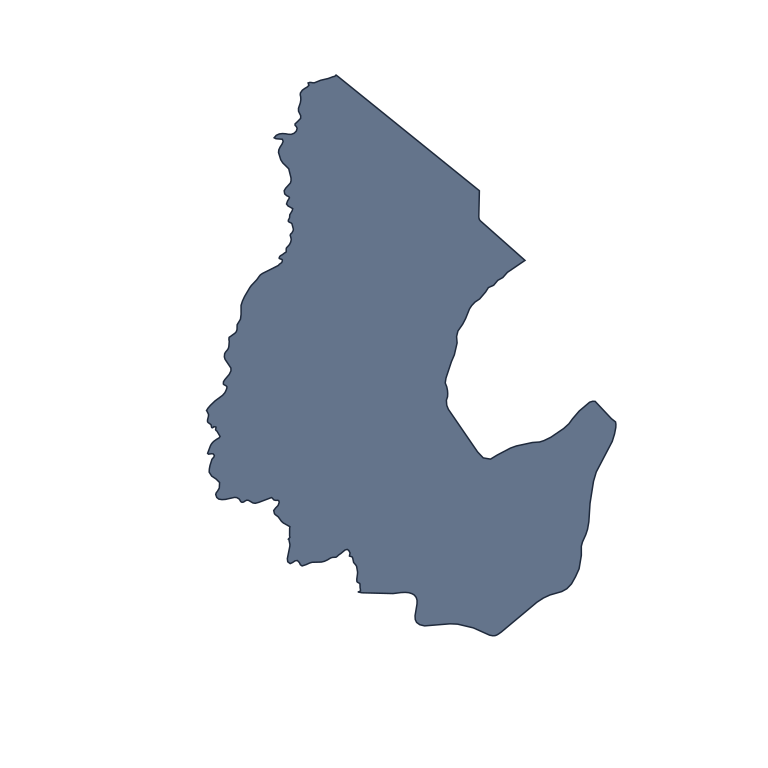 outline of Western Equatoria, rotated 48°
{"feature_id": "SDS-864", "entity_name": "Western Equatoria", "entity_type": "State", "adm_level": 1, "iso_a3": "SSD", "parent_name": "South Sudan", "parent_adm1": "", "projection": "equal_earth", "projection_center": [28.334, 5.546], "detail": "fine", "context": "isolated", "style": "filled", "palette": "slate", "viewbox_px": 768, "rotation_deg": 48, "n_neighbors": 0, "source": "natural_earth", "source_scale": "10m", "svg_char_len": 4658}
<svg xmlns="http://www.w3.org/2000/svg" viewBox="0 0 768 768"><g transform="rotate(48 384 384)"><path d="M132.3,277.0L131.2,276.1L131.1,272.3L130.8,268.2L128.9,266.4L124.1,265.0L121.9,263.1L119.1,258.1L117.1,255.6L114.9,253.8L113.1,252.8L111.8,251.4L111.0,248.1L111.3,245.3L111.9,242.3L111.8,240.0L109.5,239.0L110.3,237.2L111.5,236.1L112.6,235.3L113.6,234.1L115.9,227.8L119.6,221.1L121.5,216.3L122.4,214.8L122.3,212.9L125.5,212.3L304.2,183.8L323.1,201.6L324.2,202.4L325.7,203.1L327.2,203.2L386.5,196.5L383.6,217.6L384.4,224.5L383.1,230.1L384.0,236.4L382.2,241.9L383.6,246.9L384.8,256.0L384.0,261.6L384.4,266.4L385.4,270.2L390.0,279.6L392.2,285.5L394.1,293.6L397.3,298.3L402.4,302.2L409.4,312.2L412.5,318.9L421.1,334.0L424.2,337.8L428.2,339.3L431.4,341.2L433.8,343.1L436.0,345.3L437.8,348.5L441.8,351.6L445.9,353.1L497.1,359.9L505.3,359.7L511.1,355.1L512.5,347.6L516.2,333.0L518.6,327.1L526.8,312.8L531.2,307.2L533.1,303.0L535.2,295.7L537.3,280.3L537.3,273.2L536.0,267.1L534.7,257.0L535.1,243.4L536.5,240.4L538.2,238.7L561.9,238.2L567.1,237.3L569.1,238.6L571.4,240.8L575.4,246.1L579.4,252.8L591.4,285.1L596.5,293.4L610.6,310.8L623.5,324.0L628.2,330.0L631.0,334.9L634.2,342.2L636.6,345.9L643.4,352.0L651.9,362.7L655.4,370.7L658.0,378.4L658.5,385.1L657.2,390.8L651.8,401.9L649.7,408.7L648.5,416.4L646.8,463.0L646.4,466.2L646.0,468.2L645.3,469.9L643.9,471.6L641.3,473.6L625.0,480.8L611.7,490.0L606.4,495.4L590.9,515.7L586.8,518.5L583.0,519.3L580.0,518.4L577.0,516.0L569.5,506.6L566.9,504.2L564.2,502.9L561.2,502.7L558.8,503.4L555.8,505.1L553.1,507.6L550.3,511.0L545.8,517.5L524.4,540.1L521.0,542.6L521.6,541.6L522.0,539.9L520.6,538.8L519.4,538.1L516.8,535.9L516.0,535.5L513.4,536.4L512.5,536.2L510.8,534.8L507.4,530.8L506.1,529.5L501.2,526.4L499.8,526.1L496.3,526.0L492.7,523.9L491.4,523.4L490.7,523.6L488.8,524.8L488.3,524.3L487.1,522.6L486.6,522.2L484.1,521.6L482.3,522.0L481.3,524.0L481.1,529.5L480.7,532.3L480.8,533.9L480.6,535.6L478.4,538.3L477.6,540.0L476.9,543.7L475.9,546.9L474.4,549.7L468.4,556.7L467.3,559.0L466.1,562.8L464.4,566.6L462.4,567.1L460.1,566.4L457.2,566.5L455.9,568.4L455.5,571.4L454.7,573.9L451.7,574.5L449.1,572.7L441.6,562.6L440.3,561.3L435.7,558.6L435.3,558.8L435.0,556.5L433.7,555.8L428.1,550.7L427.1,549.4L420.0,551.8L417.5,552.1L411.9,551.5L408.4,552.2L407.1,552.2L404.2,550.6L403.6,547.5L403.4,544.0L401.7,540.9L400.1,540.3L399.1,541.0L398.1,542.3L396.5,543.4L394.1,543.4L393.1,543.6L388.2,556.2L386.5,559.5L384.7,561.0L379.9,562.5L378.5,563.7L378.0,565.5L377.8,567.3L376.9,568.7L375.9,569.1L374.7,569.0L373.6,568.7L372.5,568.6L369.9,569.4L368.2,571.0L363.7,579.0L361.5,581.8L359.0,583.8L356.4,584.2L353.5,583.0L352.6,581.5L352.2,579.3L351.1,576.0L347.2,572.1L342.2,572.4L337.1,573.7L332.5,572.9L330.3,570.7L328.1,567.8L324.8,562.2L324.4,559.2L323.6,557.9L321.7,557.7L320.6,558.6L318.7,561.4L317.5,561.5L313.9,554.6L313.3,553.1L313.0,551.9L312.8,550.6L312.7,548.9L313.1,545.3L313.7,542.6L313.3,540.9L307.3,539.7L306.0,539.9L305.2,539.7L304.0,538.0L303.4,537.7L302.4,538.5L301.9,539.0L302.1,539.2L302.0,539.6L301.9,540.3L301.6,541.0L300.9,541.1L298.9,540.0L298.3,539.8L294.9,540.5L294.0,540.4L292.7,539.3L290.6,536.2L289.4,534.9L288.4,534.5L285.6,533.7L285.0,533.7L284.2,531.1L283.7,527.3L283.5,520.8L284.4,511.6L284.0,508.2L283.5,506.8L282.7,505.0L281.8,503.4L280.7,502.5L279.6,502.6L277.3,503.4L276.5,503.4L274.9,501.8L274.2,499.2L273.3,492.6L271.8,488.9L269.7,487.1L259.3,485.6L257.0,484.5L254.9,482.2L254.3,480.6L253.8,477.2L253.3,475.7L252.3,474.2L248.7,470.4L247.9,470.0L247.1,469.4L246.4,468.7L245.7,467.9L246.5,460.8L246.3,458.8L245.1,456.7L241.7,453.5L239.8,447.3L236.6,443.6L229.9,437.6L227.6,433.6L225.6,428.9L222.5,419.0L222.0,416.6L221.4,408.8L220.5,404.8L220.2,402.9L220.5,400.4L225.2,383.2L225.0,381.7L225.3,378.9L224.8,377.6L223.7,376.5L222.8,376.6L222.2,377.1L221.8,377.3L221.3,377.5L220.8,377.8L220.2,377.7L219.5,376.2L219.4,375.1L219.9,372.8L220.1,370.1L220.4,369.1L220.3,368.2L218.3,366.4L217.7,365.7L217.5,364.8L217.4,363.3L217.1,360.9L216.1,358.4L214.7,356.4L213.0,355.3L210.7,354.2L210.1,353.1L210.1,351.4L209.2,348.8L208.2,347.7L203.3,345.2L202.2,345.3L200.1,346.2L199.0,346.2L198.2,345.4L197.3,343.0L195.2,340.8L193.8,336.3L192.6,334.5L187.5,336.2L185.0,336.0L183.5,333.3L182.4,329.7L181.0,329.4L179.0,330.3L176.3,330.6L173.6,328.9L172.7,326.1L172.0,319.1L170.7,317.0L168.6,315.2L160.3,310.8L152.0,311.3L148.3,310.7L141.4,307.5L139.6,305.5L138.4,302.7L137.5,299.3L136.2,296.6L134.1,295.8L129.4,300.2L127.5,300.9L127.1,297.6L128.1,294.5L130.0,291.8L132.3,289.6L134.4,288.0L136.4,285.9L137.5,283.0L137.4,280.0L135.9,277.5L134.0,276.9L132.3,277.0Z" fill="#64748b" stroke="#1e293b" stroke-width="1.5"/></g></svg>